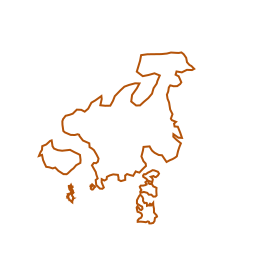 Goheung-gun, South Jeolla, South Korea, rotated 28°
{"feature_id": "91817680B78599330358722", "entity_name": "Goheung-gun", "entity_type": "district", "adm_level": 2, "iso_a3": "KOR", "parent_name": "South Korea", "parent_adm1": "South Jeolla", "projection": "equal_earth", "projection_center": [127.345, 34.606], "detail": "fine", "context": "isolated", "style": "outline", "palette": "amber", "viewbox_px": 256, "rotation_deg": 28, "n_neighbors": 0, "source": "geoboundaries", "source_scale": "gbopen_adm2", "svg_char_len": 4491}
<svg xmlns="http://www.w3.org/2000/svg" viewBox="0 0 256 256"><g transform="rotate(28 128 128)"><path d="M105.6,58.2L107.1,63.0L109.3,74.1L116.7,75.3L121.2,71.6L125.7,67.3L131.4,66.7L131.9,72.8L132.5,75.3L131.9,80.9L133.1,86.4L131.9,92.0L129.7,97.5L128.0,102.4L124.6,104.3L118.4,103.1L116.1,96.9L117.2,88.9L117.2,83.3L113.3,85.2L108.7,89.5L105.4,93.2L103.7,98.1L101.4,106.1L102.0,111.1L101.9,116.6L97.4,119.1L92.9,120.9L91.2,114.8L89.5,112.3L86.1,119.1L83.8,122.8L83.8,129.6L82.1,133.9L78.2,133.9L74.2,135.8L72.5,141.3L70.2,143.8L67.2,146.5L66.5,150.6L66.9,152.9L68.6,155.9L72.3,161.0L74.3,161.5L80.6,161.0L84.3,159.2L86.4,157.2L88.0,156.9L89.0,157.9L94.1,160.2L101.0,159.7L103.1,163.0L105.4,163.0L108.2,163.5L110.7,165.0L112.8,166.3L116.3,168.8L117.2,171.9L116.3,174.1L114.2,174.9L113.7,177.9L117.0,180.0L120.2,182.0L121.9,184.0L124.9,186.8L123.9,189.1L126.7,193.2L131.6,194.7L133.9,193.7L134.6,191.9L132.1,189.9L130.2,188.3L128.8,185.5L131.8,185.5L133.2,183.3L132.3,181.0L134.2,178.4L136.7,175.9L141.1,174.1L143.0,176.4L143.9,178.2L146.7,178.2L149.9,175.1L147.8,171.3L148.8,169.1L152.0,168.6L155.0,167.8L155.2,162.7L156.9,162.5L159.0,162.0L160.1,157.9L160.8,155.6L161.7,153.1L160.3,151.1L157.3,150.1L153.2,146.8L151.8,141.0L150.6,137.4L155.7,134.1L157.6,135.4L159.9,136.7L163.1,137.4L167.8,137.4L170.8,136.1L172.9,137.2L178.0,139.9L180.0,136.9L181.9,134.6L183.3,132.4L184.4,130.1L183.0,124.8L182.3,120.7L181.9,116.7L176.6,115.7L172.1,114.4L171.0,112.1L177.0,112.9L180.3,111.4L176.5,107.8L171.4,103.5L168.4,104.8L166.6,102.5L167.5,100.0L163.1,100.5L161.5,99.7L160.8,94.9L156.6,91.9L152.2,86.1L149.2,83.6L146.7,80.3L146.4,77.0L145.0,73.0L145.3,70.5L148.7,69.7L151.8,67.9L153.4,64.7L153.6,62.6L148.5,58.6L145.0,58.6L144.3,55.3L149.4,53.6L152.7,49.0L157.3,46.8L158.7,44.7L154.8,43.5L152.7,43.5L149.2,42.2L146.4,38.7L142.5,36.7L139.7,36.2L137.6,37.9L134.9,39.2L130.5,41.2L127.4,44.0L122.9,47.0L110.5,53.8L105.4,57.5L105.6,58.2ZM101.2,178.6L98.2,174.3L96.0,174.3L92.1,174.5L87.1,174.5L80.5,179.0L76.4,180.5L72.3,180.9L69.9,179.5L66.4,174.8L65.3,176.0L63.6,180.9L60.8,184.3L62.3,187.6L62.1,190.7L62.5,194.5L64.7,192.1L68.1,196.2L71.0,198.5L74.0,200.7L76.8,199.7L80.5,199.0L82.3,197.1L86.6,198.5L92.7,199.0L95.5,197.6L96.2,196.2L97.7,191.6L98.8,189.3L99.7,185.2L102.3,181.2L101.2,178.6ZM175.5,185.3L174.5,183.2L173.0,182.1L170.2,181.1L169.8,182.8L169.8,185.5L169.8,187.5L170.6,189.1L171.4,190.5L174.6,190.8L177.4,190.8L178.7,192.5L178.3,194.2L176.9,194.5L175.2,193.6L173.1,192.8L173.0,194.2L174.5,196.1L175.8,197.5L177.7,197.1L179.9,197.2L181.3,198.3L181.7,199.5L181.6,201.3L180.4,202.7L179.9,205.0L180.6,206.3L183.0,204.8L185.8,203.6L188.0,202.8L189.3,201.2L190.5,201.0L191.6,202.2L193.3,201.3L194.8,200.0L195.1,197.7L194.0,194.8L195.2,192.6L194.3,191.7L190.6,190.4L189.7,188.7L188.7,186.9L186.6,184.4L185.4,182.3L184.9,185.5L183.8,186.1L183.1,183.7L182.6,186.4L181.3,187.8L179.9,185.5L179.0,185.6L177.8,186.6L175.5,185.3ZM175.7,158.3L176.7,155.8L176.8,153.7L175.0,152.6L171.1,153.1L169.5,153.7L168.1,156.0L166.6,158.0L165.3,160.6L163.9,161.2L163.6,162.8L164.3,163.9L168.0,164.2L169.3,164.7L169.5,166.0L168.8,167.7L170.9,169.2L170.0,170.4L169.6,170.7L168.5,171.7L166.3,172.9L166.0,174.4L167.5,175.6L168.9,176.4L168.7,178.5L169.4,179.4L172.0,177.0L174.2,176.5L175.5,176.2L177.6,177.1L179.9,175.9L182.6,176.7L184.4,175.6L184.9,174.1L183.1,171.2L182.3,169.8L181.3,167.5L179.5,167.5L177.8,167.7L175.2,166.2L173.7,167.2L172.0,167.2L170.9,165.0L173.1,164.7L174.8,164.5L174.1,161.8L173.0,160.9L171.0,160.4L173.1,158.4L174.3,158.7L175.7,158.3ZM105.1,205.6L104.4,205.0L104.4,205.7L104.9,206.2L104.8,206.5L103.7,206.4L103.0,206.9L103.5,207.6L105.1,207.5L105.4,207.9L105.0,208.5L104.2,208.6L105.2,209.7L106.3,210.0L107.1,210.2L108.1,210.7L108.1,211.3L107.6,211.9L108.2,212.7L107.6,214.1L106.6,213.9L105.9,214.6L106.9,215.1L107.2,216.0L106.9,216.1L106.4,216.0L106.4,216.9L107.1,217.0L107.1,217.8L107.5,217.6L108.1,217.4L108.5,218.3L109.5,218.4L110.1,219.3L111.2,218.9L112.6,219.6L113.7,219.8L113.0,218.4L112.9,217.5L113.1,217.0L112.6,216.2L113.0,215.6L112.4,215.8L112.0,214.7L111.5,214.4L111.0,214.4L110.0,213.6L109.5,212.0L110.0,211.5L110.2,210.6L109.3,210.2L109.1,209.5L108.0,208.7L107.1,208.4L106.3,207.4L106.4,207.0L106.9,206.3L106.5,205.7L105.5,206.2L105.1,205.6ZM122.8,194.6L122.8,195.8L122.0,196.2L122.2,197.1L123.5,196.9L123.2,198.1L123.7,199.1L125.1,199.3L125.8,198.8L126.1,197.6L126.1,196.7L126.6,195.5L125.4,195.1L124.6,195.0L122.8,194.6Z" fill="none" stroke="#b45309" stroke-width="2"/></g></svg>